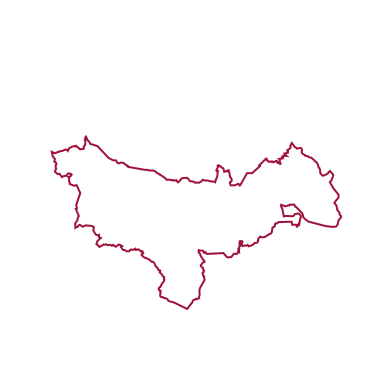 Quimixtlán, Puebla, Mexico, rotated 218°
{"feature_id": "50627088B34935710320898", "entity_name": "Quimixtlán", "entity_type": "district", "adm_level": 2, "iso_a3": "MEX", "parent_name": "Mexico", "parent_adm1": "Puebla", "projection": "orthographic", "projection_center": [-97.112, 19.243], "detail": "fine", "context": "isolated", "style": "outline", "palette": "rose", "viewbox_px": 384, "rotation_deg": 218, "n_neighbors": 0, "source": "geoboundaries", "source_scale": "gbopen_adm2", "svg_char_len": 6068}
<svg xmlns="http://www.w3.org/2000/svg" viewBox="0 0 384 384"><g transform="rotate(218 192 192)"><path d="M326.9,137.1L323.6,134.3L320.3,133.6L319.2,131.1L318.0,131.5L316.0,130.7L315.9,129.1L313.9,126.8L313.3,126.6L312.9,124.4L312.4,123.6L308.9,123.4L307.7,124.8L303.6,123.7L302.9,125.5L301.2,127.4L301.0,130.4L298.9,131.7L297.5,131.6L297.4,131.0L297.8,130.6L297.4,130.1L297.7,128.6L298.9,127.7L297.6,127.5L296.6,126.5L295.7,124.8L294.4,124.4L293.3,123.0L288.5,124.4L287.8,125.8L287.0,126.3L279.4,122.4L275.2,110.4L272.7,108.5L272.5,108.0L273.2,107.2L266.4,103.4L266.1,101.2L265.0,99.4L264.7,95.4L261.9,92.0L261.7,92.9L260.7,93.9L260.7,96.1L260.2,97.1L257.1,97.2L256.3,98.0L255.4,100.1L249.7,103.8L247.6,103.8L246.1,100.9L241.6,99.2L239.5,99.9L238.9,101.0L237.6,99.2L235.6,99.7L236.3,95.0L235.1,91.9L233.0,92.2L231.2,91.7L229.8,94.5L229.5,96.1L228.8,96.3L227.4,97.9L225.6,98.3L224.1,99.9L222.0,100.3L222.0,101.3L221.3,102.0L220.5,101.7L218.4,101.9L217.3,105.6L215.1,106.3L214.8,105.8L213.8,106.2L214.1,105.0L210.8,103.9L208.8,104.9L206.9,105.1L205.0,106.6L205.1,108.4L203.6,109.9L202.6,110.3L201.7,112.5L200.5,111.8L199.0,113.8L196.8,113.8L195.4,114.5L194.8,113.8L194.2,114.5L193.9,114.0L192.7,113.7L193.2,111.7L192.8,111.2L189.4,111.0L185.4,112.2L183.5,112.5L181.2,112.1L179.9,113.0L178.4,112.9L174.9,111.2L171.9,110.8L170.3,109.7L169.1,110.5L168.4,110.4L167.9,108.7L165.8,108.7L163.4,107.8L161.4,107.8L160.7,106.1L159.8,105.9L159.2,104.1L159.2,100.8L158.4,98.0L159.0,97.0L158.7,95.2L158.0,94.5L156.0,94.8L156.1,94.1L154.8,93.4L153.7,91.1L152.5,90.2L151.5,90.2L150.1,91.3L148.9,91.2L146.8,92.3L145.1,92.4L144.2,91.8L143.1,91.8L138.0,93.9L123.9,96.8L123.8,104.2L123.9,105.8L124.5,106.8L123.4,109.8L122.8,110.0L122.6,110.6L122.1,110.6L121.0,112.8L121.6,113.2L122.8,115.9L124.9,118.0L126.5,120.9L128.0,130.7L129.7,131.8L130.4,133.0L131.5,132.9L133.8,134.6L133.5,136.0L134.1,136.4L134.0,137.4L136.3,138.2L136.5,138.9L139.2,139.0L140.0,139.7L140.0,143.2L139.1,144.5L139.8,145.4L140.4,145.2L146.1,147.1L147.7,148.4L149.1,148.3L150.7,149.7L150.8,150.5L149.8,150.7L147.4,152.4L146.4,152.5L145.5,151.5L145.0,151.6L144.8,152.5L144.3,152.9L142.6,152.2L142.0,152.5L129.7,163.2L124.7,162.3L123.4,162.6L121.0,165.0L121.0,169.3L118.6,170.6L118.5,173.3L119.6,174.1L118.1,173.9L119.4,175.4L119.4,174.5L119.5,174.5L119.6,175.1L120.3,175.7L119.7,176.1L120.0,176.7L120.5,176.7L121.5,179.3L123.0,180.6L123.2,181.4L124.1,182.5L122.8,183.9L121.6,183.9L121.2,182.9L121.4,182.0L122.2,181.5L121.5,180.3L121.2,180.6L120.8,180.5L121.1,180.0L120.6,179.6L119.9,181.0L119.4,180.6L118.7,180.7L117.6,182.2L116.0,183.3L115.5,184.5L113.9,184.1L112.1,186.6L111.2,189.4L111.4,190.3L110.0,191.5L109.4,192.6L109.7,194.2L110.3,194.4L110.9,196.0L110.9,198.8L109.0,199.3L107.1,201.0L105.0,206.7L104.3,207.7L104.3,209.2L106.6,213.4L105.6,215.9L106.8,217.7L106.8,218.8L105.5,219.8L105.3,221.6L95.2,229.9L92.9,227.9L90.0,230.1L89.2,230.0L89.5,230.3L89.0,230.7L88.1,229.3L87.7,229.7L88.6,231.0L87.3,231.9L88.0,232.7L87.8,233.3L88.2,233.7L88.6,233.5L88.9,235.0L90.5,238.1L90.6,239.1L92.2,240.5L94.0,240.7L95.3,240.3L97.4,237.8L97.2,236.3L97.6,235.0L103.3,230.9L104.6,229.3L110.9,234.7L111.9,234.9L113.8,236.3L113.9,236.8L112.9,236.8L112.3,237.4L110.2,237.9L109.2,238.6L107.8,240.9L106.9,241.4L106.9,242.6L105.4,243.4L103.7,245.1L101.7,244.0L100.6,244.3L92.4,243.2L90.8,242.4L89.1,240.8L85.9,240.1L84.4,240.4L82.4,240.2L65.5,247.5L59.4,251.3L57.3,253.4L57.1,255.9L59.1,259.9L59.0,264.2L60.2,265.0L61.7,265.1L62.9,266.3L64.3,266.9L66.1,267.1L70.1,270.4L72.9,270.9L73.3,273.0L73.1,277.7L74.7,280.0L83.0,282.0L89.4,284.6L89.2,286.6L90.1,289.8L90.9,292.1L92.0,292.7L96.1,293.5L96.6,292.0L96.3,290.7L97.0,288.4L98.7,285.5L99.8,285.2L102.5,285.9L104.9,288.4L106.5,289.4L107.3,289.3L109.6,291.0L112.0,292.1L114.5,292.0L115.5,292.3L119.3,292.4L120.9,291.5L122.8,291.5L124.9,290.3L125.8,290.6L128.3,290.2L130.3,290.9L131.2,293.0L132.6,293.8L133.6,293.6L136.0,290.8L136.9,291.1L138.4,290.6L143.5,292.1L143.0,289.0L142.0,288.2L141.6,287.2L142.0,285.0L142.6,283.8L142.0,283.7L141.6,282.5L141.2,282.8L140.6,282.0L142.9,279.2L141.7,278.4L141.0,278.7L140.9,278.3L139.9,278.4L142.4,276.6L142.6,276.1L141.9,275.5L142.4,275.5L141.8,274.6L142.2,274.3L141.6,273.8L143.7,271.7L142.7,271.6L141.9,270.5L141.8,269.7L141.3,269.8L139.6,268.9L139.8,268.3L140.4,268.5L142.1,267.8L142.9,267.7L143.7,268.6L144.1,268.1L144.9,268.4L146.0,265.5L147.2,265.6L147.5,264.9L148.0,265.1L149.3,264.1L149.7,263.2L151.8,263.0L153.5,264.0L153.8,263.1L154.3,263.4L155.4,254.2L154.4,254.2L156.2,243.9L160.2,240.8L158.2,227.2L158.4,226.5L160.4,227.1L162.5,223.5L165.6,221.1L167.8,222.3L168.1,223.4L167.6,224.3L167.7,225.4L168.3,226.1L169.7,227.1L171.4,227.3L173.9,229.8L176.5,231.7L176.9,230.8L176.5,230.6L176.9,229.9L177.5,230.2L177.8,229.3L178.7,228.6L179.0,227.8L181.4,229.6L182.5,229.9L183.2,229.5L185.4,229.9L185.8,229.3L187.4,229.6L187.8,228.9L187.5,228.9L187.6,228.4L186.8,227.1L186.2,224.1L185.6,223.7L184.3,224.4L184.2,223.4L183.1,222.2L181.4,219.2L181.1,217.3L180.6,216.7L180.6,215.7L179.8,214.1L180.5,214.1L183.7,211.9L187.2,210.5L188.5,209.1L191.0,208.3L191.1,206.4L192.3,203.5L194.9,201.8L195.1,201.3L197.1,201.1L200.4,199.3L203.2,200.1L204.5,200.1L205.4,199.5L207.7,197.4L208.5,196.0L208.6,192.5L209.1,190.9L211.7,191.7L212.1,190.7L213.2,190.4L213.8,189.5L215.1,189.2L215.5,188.5L216.9,188.2L219.6,186.0L221.5,186.4L227.7,186.1L228.2,185.7L229.4,186.0L230.5,185.5L233.8,185.6L235.7,185.1L238.7,182.8L241.1,181.9L241.8,181.0L257.7,172.5L258.7,172.4L258.9,173.1L261.2,172.6L263.0,172.9L264.4,172.4L266.1,171.5L267.4,169.3L269.2,169.1L271.3,170.1L273.8,168.4L278.8,167.5L294.8,170.0L301.7,167.3L303.9,168.3L305.8,168.4L309.6,170.3L309.6,169.0L308.9,168.5L308.7,167.1L307.9,167.1L305.2,163.4L305.3,161.4L303.9,159.3L304.7,158.8L304.9,158.2L306.5,156.7L309.5,157.0L311.0,156.9L311.3,156.5L311.9,156.9L312.4,156.1L312.7,156.1L314.5,153.7L315.7,150.9L315.2,147.9L316.3,148.3L317.9,147.6L319.3,144.8L321.6,142.3L321.4,142.0L322.9,140.1L323.4,138.6L325.4,137.4L325.9,137.7L326.2,137.1L326.9,137.1Z" fill="none" stroke="#9f1239" stroke-width="2"/></g></svg>